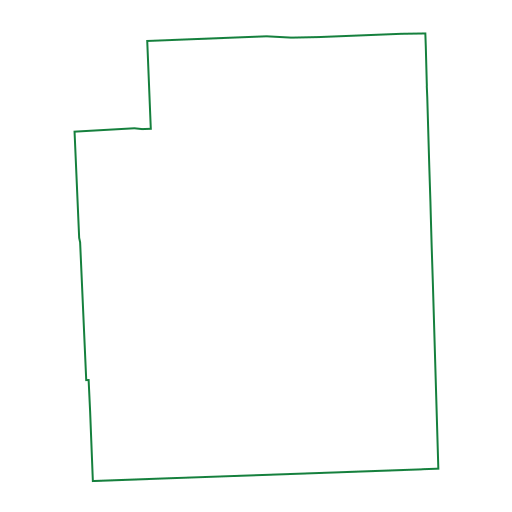 Catron, New Mexico, United States of America (orthographic projection), rotated 178°
{"feature_id": "52423323B25114965344080", "entity_name": "Catron", "entity_type": "district", "adm_level": 2, "iso_a3": "USA", "parent_name": "United States of America", "parent_adm1": "New Mexico", "projection": "orthographic", "projection_center": [-108.593, 33.89], "detail": "fine", "context": "isolated", "style": "outline", "palette": "green", "viewbox_px": 512, "rotation_deg": 178, "n_neighbors": 0, "source": "geoboundaries", "source_scale": "gbopen_adm2", "svg_char_len": 550}
<svg xmlns="http://www.w3.org/2000/svg" viewBox="0 0 512 512"><g transform="rotate(178 256 256)"><path d="M79.9,291.6L79.8,303.7L79.7,340.3L79.3,408.7L79.4,419.7L79.3,420.5L79.3,421.5L79.3,422.7L79.3,422.8L79.0,459.4L79.0,472.5L103.1,473.0L185.5,472.6L213.0,473.0L237.8,475.2L357.2,474.7L356.7,386.8L365.4,386.8L373.1,387.9L433.0,386.6L432.1,280.3L431.3,275.8L430.0,137.9L427.6,137.9L427.2,105.9L426.9,36.8L352.1,36.9L97.6,37.0L96.8,37.1L81.2,37.1L81.1,55.1L80.2,221.1L80.1,260.8L79.9,291.6Z" fill="none" stroke="#15803d" stroke-width="2"/></g></svg>